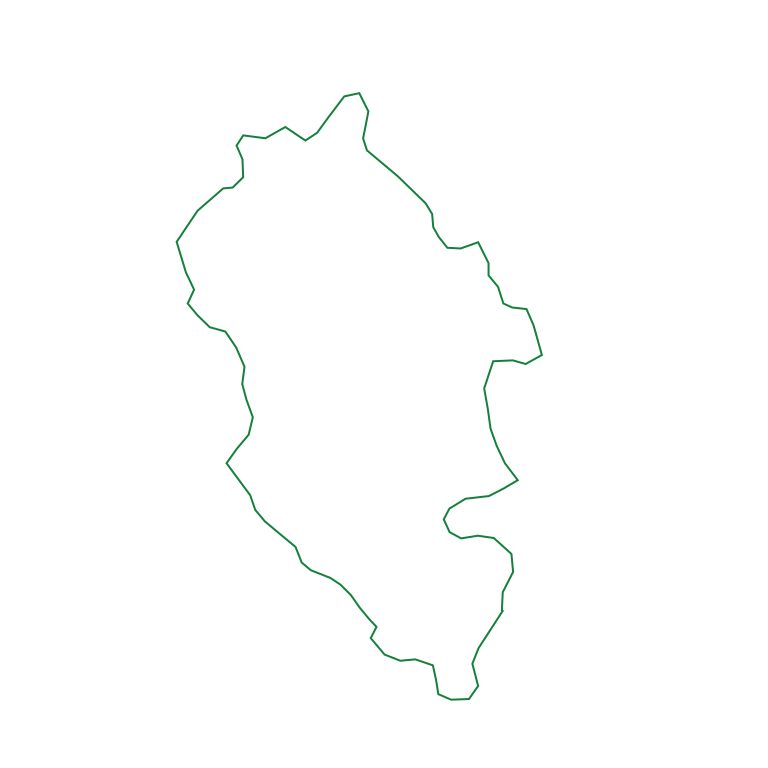 Hwasun-gun, South Jeolla, South Korea, rotated 130°
{"feature_id": "91817680B60872934813823", "entity_name": "Hwasun-gun", "entity_type": "district", "adm_level": 2, "iso_a3": "KOR", "parent_name": "South Korea", "parent_adm1": "South Jeolla", "projection": "albers", "projection_center": [127.037, 35.018], "detail": "fine", "context": "isolated", "style": "outline", "palette": "green", "viewbox_px": 768, "rotation_deg": 130, "n_neighbors": 0, "source": "geoboundaries", "source_scale": "gbopen_adm2", "svg_char_len": 1426}
<svg xmlns="http://www.w3.org/2000/svg" viewBox="0 0 768 768"><g transform="rotate(130 384 384)"><path d="M371.7,219.7L367.0,240.4L359.0,257.8L349.7,273.7L336.4,288.4L323.0,304.4L296.4,315.0L283.0,300.4L277.7,288.4L260.4,281.7L258.8,283.9L243.2,306.7L243.0,307.0L235.0,323.0L243.0,335.0L245.6,344.3L236.3,359.0L233.6,373.7L224.2,381.6L214.9,403.0L230.9,412.4L238.9,423.0L236.2,436.4L232.2,447.1L222.8,456.4L218.8,468.4L216.0,507.1L216.0,531.2L216.0,547.2L209.3,557.9L197.2,564.5L185.2,571.2L177.1,589.9L189.2,599.3L200.0,598.8L215.9,598.0L234.6,596.7L248.0,600.7L250.6,624.8L272.0,632.8L284.0,651.6L296.1,650.2L302.8,636.9L316.1,624.8L330.8,626.2L337.5,632.9L371.0,638.2L389.9,636.2L408.4,634.2L425.8,607.5L433.8,590.1L448.5,586.1L451.2,571.4L452.5,554.0L445.8,539.3L451.1,520.6L460.5,501.9L475.2,492.5L484.5,479.2L493.8,463.1L509.8,455.1L528.5,455.1L545.9,453.7L551.4,430.9L555.2,415.0L563.2,401.7L565.8,387.0L565.8,369.6L565.7,347.0L573.7,332.3L573.7,320.3L567.0,300.3L565.7,288.3L567.0,273.6L570.9,259.0L573.6,244.3L574.9,233.6L587.2,230.8L590.9,209.6L585.5,193.6L574.8,183.0L568.1,165.7L577.4,153.7L586.7,143.0L582.7,129.7L570.7,116.4L554.8,117.8L541.5,136.5L525.5,141.8L481.6,147.2L481.7,148.1L467.2,159.2L445.0,164.3L432.3,177.1L431.4,200.9L439.9,214.6L452.7,225.7L455.3,238.5L449.3,251.2L437.4,253.8L419.5,247.8L402.4,231.6L386.2,224.8L383.7,224.0L371.7,219.7Z" fill="none" stroke="#15803d" stroke-width="2"/></g></svg>